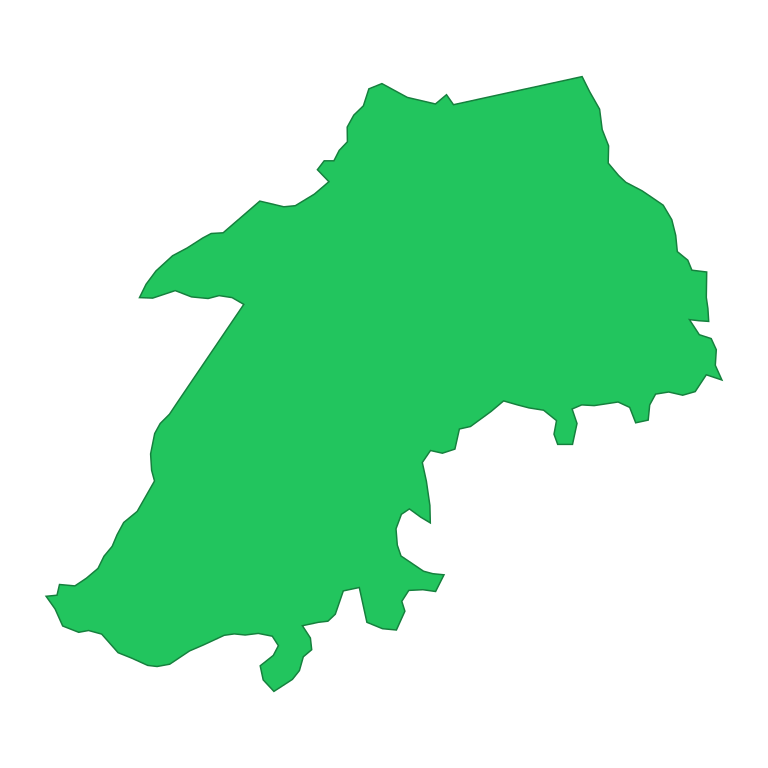 Kaloré, Paraná, Brazil (Robinson projection)
{"feature_id": "56859067B74207450909623", "entity_name": "Kaloré", "entity_type": "district", "adm_level": 2, "iso_a3": "BRA", "parent_name": "Brazil", "parent_adm1": "Paraná", "projection": "robinson", "projection_center": [-51.69, -23.863], "detail": "fine", "context": "isolated", "style": "filled", "palette": "green", "viewbox_px": 768, "rotation_deg": 0, "n_neighbors": 0, "source": "geoboundaries", "source_scale": "gbopen_adm2", "svg_char_len": 2060}
<svg xmlns="http://www.w3.org/2000/svg" viewBox="0 0 768 768"><path d="M721.9,380.0L715.3,365.3L716.3,349.7L711.2,338.6L699.3,334.7L689.4,319.6L698.7,320.7L708.7,321.4L707.9,308.5L706.3,297.4L706.7,272.0L691.9,270.2L687.8,260.2L677.3,251.6L675.7,235.3L671.8,219.7L663.2,205.2L652.7,198.0L642.2,190.9L625.8,182.3L618.6,175.5L608.2,163.1L608.6,145.9L602.2,129.6L599.6,109.2L589.7,91.8L582.1,76.6L453.5,104.7L446.5,94.7L435.4,104.0L407.3,97.4L381.9,83.6L368.9,88.8L363.4,105.8L353.8,115.1L347.2,127.1L347.4,141.8L339.2,150.4L333.9,160.8L324.2,160.8L317.4,169.7L328.9,181.7L314.4,194.1L295.3,205.7L283.8,206.8L259.8,201.1L223.1,232.8L211.2,233.5L202.7,238.0L187.1,248.0L172.6,255.7L156.0,270.9L146.1,284.2L139.5,297.6L152.7,298.1L175.2,290.6L191.5,296.9L208.1,298.5L219.1,295.6L232.1,297.6L243.8,304.4L176.7,403.4L169.5,414.2L160.2,423.5L154.7,433.5L150.6,453.9L151.6,470.2L154.5,481.0L137.2,511.4L123.7,522.5L117.1,534.7L112.2,546.3L104.0,556.2L98.0,568.4L86.4,578.2L74.9,585.9L59.5,584.5L57.0,595.2L46.1,596.3L55.1,609.0L62.7,626.0L78.7,632.3L88.6,630.5L101.7,634.1L118.1,652.7L131.1,657.9L147.7,665.4L157.1,666.5L169.7,664.2L189.6,650.9L203.3,645.0L224.2,635.3L234.3,633.9L245.2,635.0L258.3,633.4L272.3,636.2L278.4,645.7L273.3,655.4L260.2,665.8L263.2,679.9L273.9,691.4L292.4,679.4L299.4,670.6L303.3,656.8L311.7,649.7L310.4,638.0L302.4,625.7L318.4,622.3L327.9,621.2L335.3,614.2L343.3,590.9L359.3,587.5L366.9,622.3L382.5,628.7L396.4,630.0L404.9,611.2L401.8,601.3L408.8,590.4L422.9,589.7L435.6,591.5L444.0,574.8L432.8,573.7L423.5,571.2L401.0,556.0L397.3,545.1L396.0,528.8L401.4,514.3L409.4,508.9L420.9,517.3L430.3,522.9L429.9,505.5L426.4,481.3L422.3,462.5L430.5,450.5L442.4,453.2L454.9,449.1L459.4,429.0L470.5,426.5L491.0,411.5L503.6,400.9L517.5,404.9L529.0,407.9L543.6,410.2L556.5,420.6L554.0,434.2L557.7,444.4L572.5,444.4L577.0,423.5L572.1,409.0L581.7,404.9L594.2,405.6L618.1,402.0L629.7,407.4L635.7,422.8L648.2,420.1L649.7,404.9L655.6,394.1L668.7,392.0L682.7,395.2L695.2,391.6L706.3,374.8L721.9,380.0Z" fill="#22c55e" stroke="#15803d" stroke-width="1.5"/></svg>